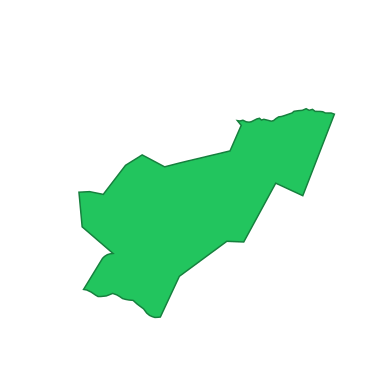 Jardim do Mulato, Piauí, Brazil, rotated 300°
{"feature_id": "56859067B52295682462002", "entity_name": "Jardim do Mulato", "entity_type": "district", "adm_level": 2, "iso_a3": "BRA", "parent_name": "Brazil", "parent_adm1": "Piauí", "projection": "robinson", "projection_center": [-42.519, -6.135], "detail": "fine", "context": "isolated", "style": "filled", "palette": "green", "viewbox_px": 384, "rotation_deg": 300, "n_neighbors": 0, "source": "geoboundaries", "source_scale": "gbopen_adm2", "svg_char_len": 1099}
<svg xmlns="http://www.w3.org/2000/svg" viewBox="0 0 384 384"><g transform="rotate(300 192 192)"><path d="M67.9,227.1L73.5,226.6L112.7,223.2L166.7,246.8L174.6,261.8L232.8,260.3L241.5,260.1L244.2,289.8L330.6,276.4L330.0,273.1L327.1,268.0L326.9,265.1L325.7,262.4L323.4,258.3L323.8,255.0L321.3,252.6L321.2,249.2L317.9,246.7L315.8,243.7L314.4,241.9L312.9,240.0L310.4,239.1L304.0,233.5L302.1,231.7L300.4,229.5L297.8,228.1L294.6,226.9L293.0,225.3L292.0,221.7L290.9,217.9L289.0,216.1L289.6,213.6L287.8,211.7L282.5,208.2L281.0,206.5L279.9,203.9L279.6,200.2L277.4,197.9L276.5,195.6L274.3,201.3L246.6,204.4L217.1,173.2L210.4,166.2L200.1,155.7L199.2,130.3L181.9,121.1L147.7,116.6L145.6,116.4L141.1,103.1L135.3,94.2L106.9,114.3L99.3,154.4L97.4,151.9L95.4,150.0L92.3,148.4L89.8,147.7L53.4,146.8L54.5,149.8L54.9,154.8L54.5,159.9L54.5,162.9L55.9,165.3L59.1,169.7L61.7,171.8L64.5,174.0L65.3,178.2L65.3,181.8L65.0,185.1L65.8,188.2L67.0,191.5L68.7,195.2L67.6,200.1L67.1,204.0L66.6,208.5L64.5,213.3L63.9,216.9L64.2,219.9L64.8,222.6L66.5,225.2L67.9,227.1Z" fill="#22c55e" stroke="#15803d" stroke-width="1.5"/></g></svg>